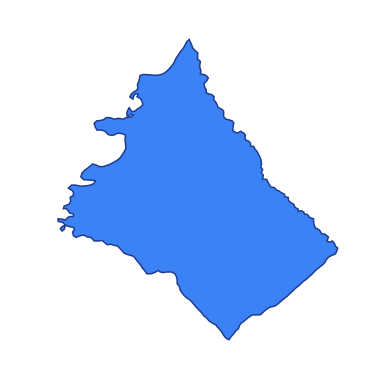 the district of Lagoa dos Patos, Minas Gerais, Brazil, rotated 82°
{"feature_id": "56859067B26771280465753", "entity_name": "Lagoa dos Patos", "entity_type": "district", "adm_level": 2, "iso_a3": "BRA", "parent_name": "Brazil", "parent_adm1": "Minas Gerais", "projection": "orthographic", "projection_center": [-44.664, -17.012], "detail": "fine", "context": "isolated", "style": "filled", "palette": "blue", "viewbox_px": 384, "rotation_deg": 82, "n_neighbors": 0, "source": "geoboundaries", "source_scale": "gbopen_adm2", "svg_char_len": 4066}
<svg xmlns="http://www.w3.org/2000/svg" viewBox="0 0 384 384"><g transform="rotate(82 192 192)"><path d="M69.4,227.1L72.4,228.3L74.8,229.2L78.0,231.1L81.5,231.1L83.7,232.7L84.6,235.4L86.6,238.5L89.2,240.3L91.9,237.7L88.5,236.1L86.8,234.2L87.7,231.5L90.0,233.2L92.3,230.2L95.8,228.6L99.0,228.8L100.9,231.3L102.2,234.5L103.8,236.9L104.2,240.2L99.8,242.5L103.0,244.8L105.4,245.7L108.8,245.5L110.2,249.9L108.8,254.6L109.0,259.1L107.1,262.5L106.4,266.5L108.1,269.5L108.4,273.1L108.3,276.4L110.4,279.4L114.4,278.7L117.5,277.5L117.9,273.8L118.8,271.4L120.2,269.2L123.3,267.2L124.8,263.7L124.6,261.0L123.4,257.5L124.4,253.2L126.3,249.9L128.7,250.6L131.6,251.1L135.2,251.1L139.4,251.4L142.0,253.0L144.2,254.9L146.5,256.8L149.2,259.7L151.0,263.7L152.2,266.9L153.4,270.2L153.8,272.9L154.5,275.6L154.1,279.9L151.9,283.3L150.4,286.5L152.2,289.3L154.2,292.6L155.7,295.5L157.8,298.2L161.5,300.0L164.7,297.6L165.4,294.4L166.2,290.5L167.3,286.2L170.1,288.1L171.1,292.2L171.1,297.0L171.0,300.1L170.2,303.1L168.9,306.6L168.4,310.4L171.0,313.9L173.8,310.5L176.1,309.4L178.9,310.1L180.3,313.4L184.1,313.4L186.8,315.1L187.6,318.1L188.2,320.6L190.7,321.7L190.9,318.7L193.3,317.5L195.9,315.9L197.3,312.4L199.8,312.9L199.2,316.3L200.0,318.7L202.2,321.1L200.7,324.5L200.0,328.5L202.6,328.5L203.9,324.3L207.3,322.1L209.3,318.0L210.5,314.4L212.9,313.6L215.1,315.9L218.8,315.5L220.9,312.9L220.0,310.0L219.6,307.3L219.8,304.5L222.0,302.0L222.5,299.4L224.1,297.4L226.9,295.7L227.5,291.3L227.5,287.6L230.0,285.5L232.4,283.4L232.4,279.9L234.1,276.2L235.3,273.1L239.1,270.3L242.8,268.0L244.8,264.9L246.3,261.4L247.7,258.7L251.6,256.5L255.3,254.3L257.7,252.8L260.4,251.7L264.4,249.2L266.7,248.2L267.3,243.9L266.4,239.7L265.0,236.5L266.8,234.5L267.8,231.9L267.7,227.8L268.4,223.3L270.7,220.2L273.8,219.2L276.8,218.9L280.8,219.5L283.9,217.6L287.4,217.4L290.1,216.1L293.6,214.1L296.2,211.8L298.1,209.6L300.6,207.6L303.2,206.0L306.8,203.8L309.5,201.8L311.7,200.2L314.1,198.6L316.4,197.5L318.0,195.6L322.0,193.0L324.5,190.2L326.9,186.9L329.2,185.6L331.5,184.0L333.9,182.4L337.3,181.1L340.1,179.6L342.0,178.1L343.4,175.8L341.5,174.2L339.8,172.4L337.8,170.1L335.4,167.6L334.0,165.1L330.9,163.6L328.5,161.4L327.4,158.8L325.6,156.1L323.6,152.6L322.1,149.2L322.7,145.6L323.0,141.2L321.2,138.6L319.3,135.9L317.9,133.2L316.8,130.7L316.7,127.9L316.3,125.3L315.0,122.8L313.5,120.6L312.0,118.1L309.9,114.8L308.2,111.9L306.4,109.4L304.1,106.2L302.0,103.3L300.1,100.0L297.6,96.3L295.9,94.1L294.6,91.3L292.2,87.9L290.1,84.6L287.7,81.6L286.1,79.4L284.5,76.8L282.5,73.1L280.3,70.2L277.8,68.5L275.4,65.7L274.2,62.2L273.3,58.6L270.7,56.9L267.8,55.5L265.5,57.6L262.5,58.1L260.0,59.9L260.9,62.8L259.2,65.2L255.6,63.1L252.3,66.1L251.4,69.3L247.3,71.1L244.7,74.8L241.9,75.6L238.9,75.8L235.5,75.3L233.6,79.0L230.3,80.9L229.5,83.7L227.2,84.2L225.7,86.4L226.1,89.4L223.6,89.3L221.6,92.1L218.1,93.1L216.3,95.7L213.8,97.6L210.8,97.5L209.7,100.5L207.1,100.8L205.0,103.7L203.1,105.7L201.9,108.0L199.2,109.8L197.9,113.3L194.7,114.8L190.1,116.1L188.8,120.4L185.5,119.0L182.3,120.8L179.7,118.9L176.6,120.4L174.2,119.3L171.0,119.2L167.2,119.7L164.1,120.8L161.3,121.8L158.3,123.6L155.5,124.5L155.0,127.5L151.7,127.3L149.4,128.8L148.2,131.5L145.6,132.0L143.1,131.2L140.9,132.5L138.7,135.2L140.0,139.3L137.0,143.0L132.9,142.3L129.6,140.9L127.1,142.4L125.9,144.9L124.5,148.5L121.8,150.2L119.0,149.7L115.9,149.5L113.9,151.5L112.0,154.3L107.1,155.6L103.1,157.8L100.8,156.8L98.7,158.4L97.1,161.6L95.9,164.1L92.9,163.7L90.1,164.8L86.4,165.2L84.2,162.1L81.4,160.0L79.2,161.2L77.4,163.6L76.2,167.4L74.0,166.4L71.6,166.5L69.1,167.0L66.7,166.4L63.9,165.5L61.2,168.0L57.6,167.4L55.0,166.9L52.3,169.3L49.5,171.2L45.4,172.1L40.6,173.5L42.4,176.2L45.1,178.2L47.7,180.0L50.1,182.5L52.6,185.0L55.6,187.6L58.0,189.7L60.9,191.5L63.3,193.5L65.4,195.8L67.5,198.3L69.4,201.0L71.0,204.3L71.5,207.8L71.4,211.8L70.6,215.4L70.0,218.0L69.5,220.9L68.8,223.8L69.4,227.1ZM108.8,245.5L106.6,242.2L107.6,239.4L109.3,241.6L108.8,245.5ZM207.3,322.1L208.3,325.7L210.2,327.5L212.6,326.0L211.2,323.7L207.3,322.1Z" fill="#3b82f6" stroke="#1e3a8a" stroke-width="1.5"/></g></svg>